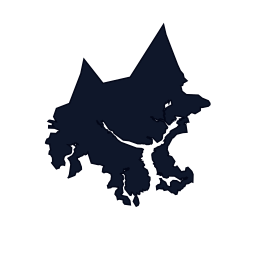 Sørfold nor, Nordland, Norway, rotated 241°
{"feature_id": "86288312B94814604845877", "entity_name": "Sørfold nor", "entity_type": "district", "adm_level": 2, "iso_a3": "NOR", "parent_name": "Norway", "parent_adm1": "Nordland", "projection": "albers", "projection_center": [15.554, 67.519], "detail": "fine", "context": "isolated", "style": "filled", "palette": "ink", "viewbox_px": 256, "rotation_deg": 241, "n_neighbors": 0, "source": "geoboundaries", "source_scale": "gbopen_adm2", "svg_char_len": 5802}
<svg xmlns="http://www.w3.org/2000/svg" viewBox="0 0 256 256"><g transform="rotate(241 128 128)"><path d="M59.7,92.8L63.5,94.3L68.4,93.8L72.0,89.7L73.7,89.9L73.4,91.1L74.1,91.4L74.1,92.2L78.9,94.0L81.0,96.7L85.0,97.2L85.3,97.8L85.2,98.8L88.3,100.4L92.1,98.9L91.2,99.8L91.5,100.5L90.7,101.8L94.1,104.2L93.5,105.0L93.7,106.1L92.9,107.5L93.0,108.9L92.2,109.4L91.9,109.2L92.2,106.4L91.4,107.2L91.7,104.4L91.4,102.4L87.5,102.9L85.3,101.1L83.2,101.2L81.8,99.3L77.9,98.0L78.0,97.1L77.7,96.6L76.1,95.9L68.3,97.2L67.8,97.8L68.4,98.2L68.2,98.6L70.1,99.8L69.8,100.5L66.2,101.2L65.9,101.6L66.2,102.1L65.0,102.9L66.7,104.3L64.5,105.5L64.6,106.3L66.8,107.5L66.7,108.5L65.1,110.0L66.9,111.2L65.1,112.4L65.1,114.0L64.5,114.7L65.3,116.6L67.8,119.1L70.4,120.0L72.0,122.0L74.3,123.2L76.1,122.0L78.1,122.8L78.5,123.7L81.9,124.3L85.9,122.2L87.4,122.8L87.3,124.1L87.7,124.5L90.5,124.1L91.5,124.8L92.3,123.7L94.4,122.8L94.1,124.0L95.1,123.5L96.2,124.5L96.2,126.5L99.1,127.2L99.7,128.9L101.7,129.9L101.7,130.7L101.2,130.6L101.8,131.0L103.3,130.0L106.2,125.6L118.8,114.8L123.0,112.9L126.9,112.4L127.6,111.3L127.8,111.9L133.2,110.5L133.6,110.0L133.5,109.5L132.8,109.5L133.1,108.3L133.7,108.1L134.4,109.0L136.2,109.0L137.4,107.6L141.6,106.9L141.6,105.5L144.5,105.2L146.2,103.9L150.1,104.2L145.1,105.0L142.5,107.3L142.6,107.8L146.8,107.9L146.3,108.9L146.6,109.3L145.2,110.2L135.5,111.1L132.2,113.9L130.5,113.3L119.8,118.1L116.4,122.9L109.6,128.9L108.0,131.6L107.9,132.8L106.8,133.6L106.8,134.4L104.5,136.4L103.7,138.2L104.5,138.3L103.5,138.4L103.3,140.0L102.7,140.7L103.1,141.8L106.1,143.4L109.8,140.5L110.7,140.2L110.9,140.9L108.1,143.3L107.3,145.1L101.4,146.7L101.6,151.6L102.4,152.9L105.9,155.3L106.0,158.3L109.0,160.6L108.6,162.0L109.4,162.9L116.0,162.4L119.6,159.4L119.0,157.7L119.6,156.3L123.6,154.0L124.5,154.2L124.2,154.7L124.5,154.9L125.5,154.7L125.8,153.8L127.1,152.9L125.8,154.9L124.2,155.1L123.8,154.3L123.0,154.9L123.2,155.5L122.6,156.5L119.8,158.5L119.9,159.2L120.4,159.2L120.3,160.8L117.0,163.6L118.5,164.8L120.4,164.8L121.9,165.3L123.8,167.1L126.0,167.1L128.0,169.8L130.2,170.6L132.0,173.3L131.2,173.6L131.2,174.5L132.2,176.2L130.0,175.8L131.7,177.4L131.6,178.7L131.3,179.1L127.0,177.9L127.0,172.5L126.6,170.3L125.8,170.0L125.7,168.8L124.9,167.6L122.2,167.1L121.5,165.5L118.5,165.2L115.9,163.9L111.3,165.1L110.7,166.3L111.2,166.7L111.7,169.3L113.1,169.9L112.4,170.8L113.1,170.7L113.0,171.5L112.0,173.5L113.1,174.7L115.3,174.3L115.8,175.2L112.7,179.7L110.5,180.9L110.4,181.8L110.9,182.7L109.3,181.7L110.8,177.3L110.0,176.9L108.9,179.3L109.9,174.8L108.7,173.2L104.9,175.0L105.5,174.2L105.2,172.5L104.6,171.3L104.7,164.4L104.0,162.8L103.2,162.6L102.6,159.0L101.6,156.1L100.3,155.3L99.3,153.1L98.4,154.2L96.4,151.9L96.4,149.8L97.0,149.6L96.4,147.7L97.0,144.3L96.7,143.8L97.0,141.1L95.6,140.0L94.8,141.1L94.3,140.8L93.9,136.9L92.9,135.9L88.3,134.1L84.8,134.3L84.3,133.8L84.5,132.5L83.5,133.9L81.5,132.9L79.0,133.6L74.9,132.5L73.3,131.2L73.0,131.8L73.9,132.6L73.9,133.6L72.6,135.2L71.3,135.3L71.6,134.1L73.0,133.1L72.7,132.2L70.8,133.6L70.6,134.5L71.2,134.7L70.8,135.1L67.9,135.2L65.5,137.7L65.4,139.3L66.2,139.8L66.2,140.7L63.4,145.5L57.2,149.0L57.0,149.9L58.0,149.9L58.0,151.0L56.8,152.5L57.0,152.7L56.6,154.1L56.6,155.3L55.7,155.9L55.1,154.9L55.2,153.7L56.0,150.9L55.5,150.1L55.4,148.8L54.5,148.1L54.4,147.1L58.2,145.0L60.2,141.9L59.6,138.9L56.3,137.1L56.3,135.8L58.5,134.1L62.3,134.5L65.7,132.5L67.5,132.5L68.1,131.3L65.8,131.2L63.2,129.2L63.7,126.4L63.3,124.7L60.2,123.4L60.2,125.7L58.1,128.6L58.4,129.4L56.0,129.4L54.7,133.2L50.4,134.8L49.5,136.3L46.9,137.4L46.5,138.7L49.3,141.5L48.1,143.2L48.7,144.3L48.8,146.6L49.8,148.0L49.4,149.2L51.1,151.4L50.2,154.1L50.4,157.5L49.3,158.4L55.9,162.3L59.1,162.7L64.5,161.3L64.8,159.4L62.3,157.4L63.3,155.2L63.7,153.3L70.8,152.3L70.5,151.6L71.3,149.6L73.1,148.8L76.1,152.7L81.7,152.2L84.6,149.6L86.0,151.2L90.0,151.6L93.4,154.2L93.6,155.3L97.9,162.0L97.6,163.0L99.1,167.5L97.5,173.8L95.8,177.5L102.8,180.1L103.9,178.9L105.3,180.1L104.2,181.2L104.8,181.6L103.8,184.0L107.7,184.9L109.0,184.0L110.3,186.1L110.1,187.9L110.6,188.4L110.8,191.3L108.1,193.6L108.3,199.6L111.0,201.4L109.9,203.3L108.2,208.9L108.7,210.9L110.0,211.6L112.8,211.4L118.1,207.2L122.6,205.4L128.9,195.1L134.0,193.0L139.4,194.5L138.9,196.4L140.9,198.4L140.6,199.6L140.7,202.5L144.8,201.2L148.4,202.3L152.7,201.4L159.3,201.9L191.3,206.4L201.2,209.2L171.3,154.5L179.1,127.7L209.5,122.8L198.4,113.2L177.8,88.7L179.7,74.9L173.9,68.5L168.3,68.4L172.7,63.3L172.9,62.4L172.5,61.3L168.3,64.8L167.5,63.5L165.8,63.7L168.5,59.9L166.5,58.7L163.5,63.7L159.7,66.8L158.8,66.6L158.1,65.6L158.7,64.7L157.9,62.5L160.7,58.0L157.7,54.9L157.2,53.2L157.5,51.9L156.0,49.8L154.8,48.7L154.1,49.0L151.9,51.7L146.2,49.7L145.8,48.2L143.5,46.3L142.2,47.5L138.8,47.7L135.0,45.9L134.5,44.4L127.0,45.6L126.5,48.5L127.4,49.0L128.1,51.3L127.3,53.3L126.2,54.4L128.2,55.9L131.9,56.3L134.1,58.5L134.5,60.7L133.6,64.9L133.8,66.0L134.3,66.6L138.0,69.1L142.3,67.5L141.0,69.5L140.7,70.6L141.0,72.0L139.1,72.6L140.6,74.1L140.3,75.2L139.4,75.1L139.5,75.4L138.7,76.3L138.1,76.3L139.0,75.5L138.5,75.4L137.8,73.4L136.0,73.3L135.2,70.6L132.3,69.7L132.4,69.0L130.8,66.1L130.6,60.9L127.0,61.3L123.7,60.4L115.7,54.4L113.9,52.4L113.5,51.1L112.5,58.6L114.8,61.3L113.7,63.2L114.5,67.2L116.6,68.2L122.3,69.1L124.4,68.3L127.0,69.4L126.2,70.9L126.4,71.8L126.0,75.1L126.8,76.9L125.4,77.6L125.2,79.0L126.4,81.2L115.1,79.0L110.5,84.2L109.7,86.0L106.3,88.7L104.8,86.5L102.1,84.5L100.6,85.3L100.3,87.2L99.0,89.0L96.0,90.9L93.7,90.3L90.6,88.0L88.9,84.5L87.7,83.5L87.7,82.3L85.2,81.5L84.2,84.1L84.6,85.2L82.9,88.4L80.9,90.8L79.8,90.4L78.7,86.8L76.4,84.6L73.5,85.1L70.5,84.2L70.2,85.8L67.6,89.0L65.2,87.9L63.1,88.2L59.7,92.8ZM61.2,97.1L55.7,97.3L55.6,99.4L57.0,101.1L61.3,102.4L63.3,102.5L64.5,101.2L61.2,97.1Z" fill="#0f172a" stroke="#020617" stroke-width="1.5"/></g></svg>